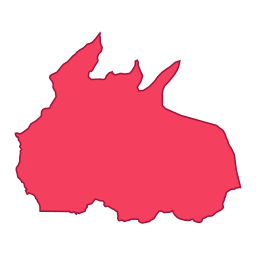 Ruvuma, Natural Earth projection
{"feature_id": "TZA-3389", "entity_name": "Ruvuma", "entity_type": "Region", "adm_level": 1, "iso_a3": "TZA", "parent_name": "United Republic of Tanzania", "parent_adm1": "", "projection": "natural_earth1", "projection_center": [36.042, -10.46], "detail": "fine", "context": "isolated", "style": "filled", "palette": "rose", "viewbox_px": 256, "rotation_deg": 0, "n_neighbors": 0, "source": "natural_earth", "source_scale": "10m", "svg_char_len": 4011}
<svg xmlns="http://www.w3.org/2000/svg" viewBox="0 0 256 256"><path d="M17.2,137.1L16.7,136.8L16.1,136.0L15.7,135.0L15.4,133.9L15.4,133.3L15.5,133.3L17.2,133.0L17.9,133.2L18.7,133.8L20.7,133.6L22.5,132.7L28.1,128.6L31.0,123.8L35.7,121.1L41.2,116.2L41.6,111.3L43.1,109.4L45.3,108.4L47.6,108.5L49.9,107.9L50.7,105.4L56.1,96.8L55.5,91.9L53.0,87.6L53.2,83.9L52.2,81.3L50.8,79.7L49.6,77.7L50.2,75.7L52.3,74.4L57.0,72.2L63.2,64.5L67.4,61.9L73.0,55.9L75.4,54.1L77.3,51.8L79.8,50.0L82.7,48.4L85.1,46.5L87.0,44.3L89.6,43.6L92.1,42.5L95.9,38.4L100.0,33.0L100.2,33.7L99.8,34.4L99.8,35.7L100.1,37.2L100.3,42.5L101.1,45.1L102.2,47.6L101.2,51.4L98.6,54.1L97.6,56.4L97.4,58.8L98.0,60.3L97.5,61.9L95.3,65.1L92.5,70.2L91.2,71.4L89.8,71.5L88.8,72.5L88.4,77.0L91.2,79.5L100.1,79.1L102.4,79.5L104.7,79.3L105.8,77.8L106.4,75.7L109.3,72.8L112.1,71.9L111.9,72.8L112.4,73.4L113.0,73.2L113.3,73.8L115.0,75.0L120.6,73.4L124.5,74.1L129.8,73.3L130.2,72.9L131.9,70.9L134.7,66.3L135.3,64.4L135.3,61.1L136.6,60.6L137.3,60.2L138.2,62.3L138.1,64.7L140.1,70.4L142.7,75.9L140.7,81.9L137.2,87.2L138.8,90.7L143.1,90.6L149.1,86.8L154.2,81.7L157.9,76.6L162.2,72.2L167.3,68.5L169.3,67.4L175.1,62.5L179.8,60.8L179.0,65.3L177.4,69.7L174.6,74.3L169.7,80.5L164.4,86.1L162.8,90.2L162.3,94.7L162.5,100.2L162.4,105.5L165.5,108.7L181.0,115.5L216.6,125.5L219.6,128.0L221.6,129.3L223.3,130.9L224.9,133.9L225.6,135.6L226.0,137.3L227.6,140.6L228.6,144.1L229.7,146.0L231.1,147.9L234.3,154.7L236.2,169.8L240.6,187.5L239.2,187.4L235.5,188.2L234.9,188.9L234.4,189.1L231.7,189.2L230.7,189.5L226.7,192.2L226.2,192.8L226.0,193.9L225.1,197.3L224.4,198.2L224.5,199.5L223.0,202.7L222.7,204.4L222.9,205.4L223.3,206.3L223.4,207.2L222.9,208.2L222.1,209.0L220.8,210.1L216.1,212.4L213.2,215.1L212.0,215.8L210.7,216.1L208.6,216.1L207.2,216.5L204.9,217.9L203.6,218.2L202.8,218.6L202.3,219.5L201.9,220.6L201.6,221.3L201.0,221.8L200.6,222.1L199.4,222.3L197.9,222.3L194.8,221.3L194.2,221.0L193.1,219.6L192.4,219.2L191.8,219.3L191.3,219.5L190.8,219.9L190.1,220.2L187.8,220.5L185.0,220.2L179.6,218.7L177.4,217.5L175.1,215.3L173.4,212.8L172.6,210.5L171.6,211.2L171.0,211.7L170.4,212.0L164.5,212.6L163.6,212.4L162.0,211.2L160.7,211.1L160.1,210.8L159.0,211.2L156.1,215.1L154.3,218.1L153.7,218.7L153.0,219.2L150.6,220.2L150.0,220.8L149.7,221.3L149.2,221.6L147.5,221.8L146.5,222.2L142.5,223.0L141.4,222.8L139.8,221.9L139.4,221.8L139.0,221.4L138.7,219.6L138.2,219.2L130.7,219.2L130.4,219.4L130.0,219.7L129.6,220.1L127.6,220.4L125.3,221.2L124.3,221.3L123.6,221.1L122.7,220.4L121.9,220.2L119.2,220.7L118.5,220.2L117.9,218.8L117.7,217.3L118.2,216.1L117.7,214.7L117.6,213.0L117.2,211.6L116.2,211.0L115.6,210.8L115.2,210.5L114.7,210.0L114.2,209.5L113.6,209.2L112.2,208.7L111.6,208.4L109.2,206.8L107.9,206.1L107.0,206.2L105.7,206.6L104.5,205.9L103.9,204.5L104.5,202.8L103.4,201.3L102.6,200.8L100.2,200.8L99.8,200.7L97.9,199.8L95.3,199.2L94.5,199.9L92.5,202.8L91.3,203.8L88.1,204.5L86.9,205.3L87.4,206.9L86.7,207.5L86.0,208.5L85.4,209.5L85.0,211.1L84.3,211.5L80.9,212.6L79.3,213.5L78.2,213.2L77.2,212.8L76.5,212.8L76.4,214.1L75.7,213.8L75.4,213.4L75.2,212.9L74.9,212.3L74.3,211.8L74.0,211.8L73.8,212.0L73.4,212.1L72.5,212.6L72.2,212.6L70.6,212.5L70.0,212.3L69.6,211.8L69.5,211.4L66.8,211.5L40.1,211.2L40.0,210.5L40.0,206.7L39.8,205.6L39.5,204.7L39.2,204.0L39.1,203.6L38.8,203.0L38.2,202.4L37.6,201.6L37.0,199.6L35.8,198.5L35.6,197.9L35.1,196.4L33.9,195.1L32.3,194.2L29.6,193.1L29.0,193.0L28.6,193.2L27.7,194.1L27.3,194.1L26.9,193.5L25.5,190.5L25.9,190.3L26.4,189.8L26.8,189.5L26.8,189.1L25.8,188.4L25.0,187.3L24.4,185.9L24.2,184.1L24.0,183.5L23.6,182.9L23.1,182.5L21.9,182.2L21.6,181.7L21.4,181.0L21.1,180.3L18.0,177.3L17.6,176.0L17.4,174.1L16.5,171.1L16.2,169.5L16.5,167.6L17.8,165.8L18.4,164.9L19.6,161.8L19.7,161.1L19.7,157.8L20.5,153.1L20.3,151.1L20.7,150.5L21.5,149.8L21.3,148.9L20.9,148.3L20.5,148.0L20.2,147.6L20.1,147.2L19.7,146.5L20.6,145.0L20.5,143.3L19.9,141.8L18.5,140.0L18.3,139.5L18.4,138.1L18.2,137.2L17.8,137.1L17.2,137.1Z" fill="#f43f5e" stroke="#9f1239" stroke-width="1.5"/></svg>